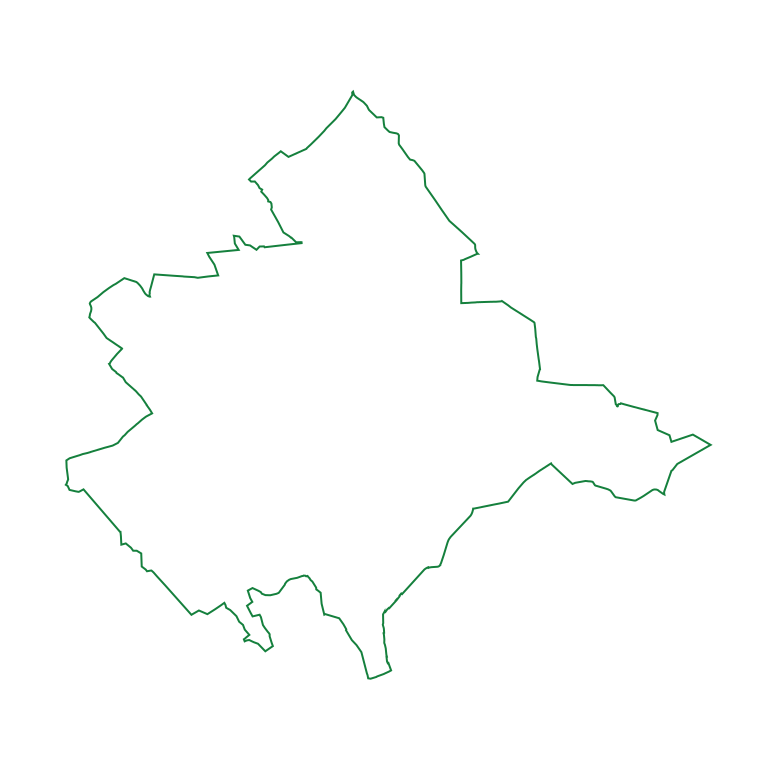 Mežāres pag., Krustpils, Latvia, rotated 267°
{"feature_id": "27541924B81623033015716", "entity_name": "Mežāres pag.", "entity_type": "district", "adm_level": 2, "iso_a3": "LVA", "parent_name": "Latvia", "parent_adm1": "Krustpils", "projection": "mercator", "projection_center": [26.221, 56.543], "detail": "fine", "context": "isolated", "style": "outline", "palette": "green", "viewbox_px": 768, "rotation_deg": 267, "n_neighbors": 0, "source": "geoboundaries", "source_scale": "gbopen_adm2", "svg_char_len": 6013}
<svg xmlns="http://www.w3.org/2000/svg" viewBox="0 0 768 768"><g transform="rotate(267 384 384)"><path d="M465.9,93.2L464.3,94.5L461.1,97.5L460.3,98.5L448.8,106.6L444.4,109.4L433.2,124.2L433.0,124.3L428.0,119.0L421.7,113.1L420.4,112.1L418.8,111.2L418.5,110.5L413.2,113.3L410.0,117.0L409.1,117.5L408.9,117.5L407.9,118.9L404.4,123.2L404.1,123.7L399.3,126.2L389.8,135.9L386.5,138.5L384.2,140.7L375.4,146.0L375.3,145.9L370.6,148.9L366.8,150.9L364.2,145.3L363.8,144.5L361.1,140.5L357.3,135.7L356.9,135.0L355.7,133.6L349.6,125.5L346.4,122.3L345.2,120.6L339.1,115.2L336.7,109.8L335.6,104.8L335.0,101.9L331.5,87.5L331.4,87.4L330.6,84.1L329.8,79.5L328.8,76.2L328.4,74.5L326.3,66.2L324.3,62.8L317.1,62.7L305.3,63.6L302.2,62.2L301.3,62.0L300.0,61.0L298.7,62.8L294.7,64.4L293.0,70.3L292.3,73.2L292.4,73.9L292.9,75.0L294.5,78.4L250.1,112.7L250.1,113.1L245.7,113.3L237.3,113.3L238.3,117.8L233.7,122.8L230.6,124.8L230.4,128.4L227.5,132.7L214.4,132.5L211.1,136.4L209.4,137.5L209.9,141.5L209.9,142.0L207.9,144.0L203.7,147.3L194.2,155.1L163.6,179.6L167.5,187.3L163.4,195.6L167.8,203.4L171.3,209.2L173.8,213.1L171.7,214.1L168.8,214.7L166.3,218.6L159.9,224.5L154.2,226.9L150.8,230.6L146.0,232.1L140.5,236.4L137.9,232.8L137.0,231.7L136.4,230.7L134.3,231.4L135.1,233.5L135.4,236.0L133.9,238.7L132.9,240.6L131.2,244.6L123.3,251.5L128.1,259.3L131.3,258.3L138.0,256.6L140.1,256.7L141.3,256.0L142.7,254.9L146.7,252.2L149.6,250.5L157.6,248.9L160.1,247.7L158.8,240.6L162.3,238.9L169.7,235.6L173.3,241.1L177.2,239.2L184.8,237.2L187.1,242.0L184.0,247.9L182.6,250.1L181.0,251.0L179.4,254.5L179.0,259.3L180.1,265.6L180.8,267.6L181.1,268.1L188.7,274.4L189.8,274.8L192.0,276.7L193.5,279.1L194.1,280.8L195.0,287.2L196.5,292.1L196.5,293.0L196.9,293.6L196.7,295.3L196.0,296.2L196.4,297.4L196.2,297.7L194.8,298.6L194.2,299.3L192.0,300.5L190.5,302.1L184.2,305.6L182.5,305.6L182.1,305.9L181.8,306.5L178.9,309.8L167.8,310.2L156.8,312.3L157.3,313.2L152.4,327.0L146.2,330.9L141.0,333.5L140.2,333.1L129.9,338.5L124.7,342.9L117.4,347.4L95.8,351.8L94.3,352.3L90.9,352.8L90.4,355.2L91.9,361.2L92.3,361.7L94.4,368.6L94.8,369.5L96.5,373.8L97.6,376.1L105.2,373.8L104.9,373.2L106.8,372.5L111.6,372.2L111.6,372.6L113.6,372.2L119.9,371.9L123.4,371.3L125.4,370.7L129.0,371.0L133.6,370.8L135.2,370.5L135.4,371.1L138.3,371.1L140.2,371.0L143.7,370.2L145.2,370.7L154.0,371.0L156.6,372.6L156.4,372.6L156.1,373.3L158.6,375.3L160.1,377.1L159.8,377.5L166.9,384.7L167.2,384.4L168.5,385.7L168.2,385.9L171.2,388.5L171.7,388.7L172.0,388.5L173.9,390.3L173.2,391.0L196.7,414.7L197.6,416.1L198.1,417.1L198.5,418.0L199.0,419.6L198.4,418.4L198.0,418.6L198.4,419.8L198.6,421.9L198.7,427.7L198.9,428.9L199.5,429.9L200.2,430.7L200.4,430.6L202.2,431.6L209.8,434.6L222.5,439.2L224.5,440.1L225.8,440.9L227.9,442.6L248.0,463.6L249.3,464.5L251.1,465.4L253.5,466.2L254.9,466.5L254.9,467.6L257.8,487.1L258.6,492.9L258.9,494.7L260.0,501.8L272.9,512.9L278.4,518.2L280.8,521.0L283.3,525.1L286.2,530.1L289.0,534.5L296.0,546.7L294.9,547.2L274.3,567.0L275.3,569.7L276.6,580.0L276.4,581.8L276.2,582.5L275.9,585.2L275.5,586.9L275.0,587.6L274.4,587.9L271.9,589.3L271.5,589.8L269.8,594.7L267.8,600.4L267.0,602.4L265.7,604.6L264.6,605.4L259.6,608.6L258.8,609.5L254.5,627.9L254.5,629.3L257.1,634.6L258.6,637.4L264.1,646.6L264.5,648.1L264.5,648.8L264.4,650.0L264.3,650.6L263.7,652.0L262.7,653.1L259.8,656.8L259.0,658.2L260.7,658.0L261.9,658.2L282.3,666.5L282.8,667.5L288.8,672.7L306.1,707.0L317.3,689.8L311.2,668.0L317.9,666.4L323.7,654.9L333.3,652.8L338.7,655.5L340.6,655.7L348.2,631.8L351.3,622.4L352.3,619.6L352.1,619.5L351.7,619.1L351.6,617.9L351.6,617.3L351.2,616.8L350.5,616.5L349.5,616.3L349.4,616.1L349.4,615.9L349.7,615.5L351.3,614.9L351.7,614.4L358.6,613.6L359.7,613.0L363.4,609.7L371.3,603.0L371.5,598.5L371.9,593.5L373.0,573.6L373.3,569.9L376.8,549.9L378.3,541.7L379.3,537.2L382.9,537.7L390.1,540.2L390.4,540.6L398.7,540.0L400.4,539.8L411.1,538.9L415.8,538.6L421.5,538.4L423.0,538.1L431.3,537.9L437.1,537.5L437.8,537.1L440.4,533.6L453.8,514.7L456.0,512.2L460.7,506.1L460.5,505.9L460.4,505.0L460.3,500.5L460.5,495.0L460.8,480.8L460.7,480.0L460.7,475.1L460.6,472.4L460.7,465.4L473.9,466.0L479.8,466.4L480.4,466.5L491.3,467.0L503.3,467.4L503.8,470.0L504.4,471.3L505.3,473.8L506.6,477.4L509.1,483.8L509.1,484.6L510.1,483.7L511.7,483.0L513.6,482.4L515.1,482.2L518.0,482.3L518.7,482.1L519.5,481.5L531.6,469.8L543.5,457.8L554.6,450.9L564.9,444.7L579.0,435.9L580.5,435.6L591.8,435.4L592.6,435.1L595.3,433.4L605.2,426.1L605.5,425.6L606.1,424.2L606.7,421.8L609.4,419.8L617.9,414.5L622.1,411.7L623.6,411.3L631.5,411.9L632.8,411.2L633.6,409.8L634.1,407.7L634.4,406.3L635.4,402.7L637.2,400.9L640.5,397.9L643.9,397.5L649.9,397.2L650.6,395.5L650.6,394.3L650.6,390.7L658.3,383.5L659.2,383.0L662.7,381.5L666.6,378.2L671.3,372.0L672.2,371.0L673.9,369.5L674.7,369.1L677.6,368.4L676.8,367.5L674.2,367.5L661.9,359.4L657.7,355.6L651.1,349.5L642.4,339.8L639.9,337.6L634.3,331.7L626.9,323.3L623.7,319.4L622.9,318.8L615.8,300.5L621.8,293.1L620.6,291.5L617.0,286.3L614.9,283.9L611.3,279.1L608.7,276.6L596.5,261.2L595.3,259.9L593.1,261.9L593.0,265.6L589.2,268.6L586.1,270.0L584.5,272.5L582.5,271.5L579.6,274.0L575.9,276.9L573.9,278.0L572.4,277.9L571.7,280.1L570.1,281.0L566.3,281.2L564.1,280.4L551.2,286.8L540.6,291.5L536.6,297.1L534.9,298.9L535.0,299.2L530.1,303.7L530.0,308.6L529.9,309.1L529.0,309.1L528.2,294.8L526.8,271.9L527.7,271.4L527.8,267.0L524.7,263.7L528.0,259.3L529.4,257.5L530.3,252.8L538.8,247.3L539.9,241.8L538.6,242.1L532.1,242.4L525.5,245.9L524.1,214.4L520.1,216.2L512.1,220.9L501.1,224.1L500.6,214.1L499.8,203.6L500.6,200.3L501.8,189.6L502.0,188.8L503.0,180.4L505.5,160.3L493.6,156.5L490.4,155.4L487.9,154.7L487.1,154.9L485.1,154.4L483.5,154.9L483.5,154.6L484.2,152.9L486.0,150.9L487.0,150.1L489.7,148.6L492.1,147.5L495.0,145.6L497.6,143.4L498.8,142.1L503.3,130.2L498.0,121.3L497.0,119.1L494.3,114.5L490.4,108.5L485.8,102.5L481.8,95.8L481.2,95.2L479.9,94.4L478.9,94.6L477.5,95.2L475.7,95.7L474.1,95.7L472.2,95.3L469.1,94.0L467.8,93.8L465.9,93.2Z" fill="none" stroke="#15803d" stroke-width="2"/></g></svg>